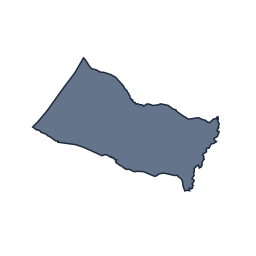 Ashburton District, Canterbury, New Zealand, rotated 156°
{"feature_id": "76426892B67490392619743", "entity_name": "Ashburton District", "entity_type": "district", "adm_level": 2, "iso_a3": "NZL", "parent_name": "New Zealand", "parent_adm1": "Canterbury", "projection": "orthographic", "projection_center": [171.372, -43.643], "detail": "medium", "context": "isolated", "style": "filled", "palette": "slate", "viewbox_px": 256, "rotation_deg": 156, "n_neighbors": 0, "source": "geoboundaries", "source_scale": "gbopen_adm2", "svg_char_len": 1831}
<svg xmlns="http://www.w3.org/2000/svg" viewBox="0 0 256 256"><g transform="rotate(156 128 128)"><path d="M43.0,94.6L43.0,98.4L41.8,99.5L41.3,101.8L42.9,101.7L43.0,100.1L46.0,101.5L51.4,99.7L52.8,101.0L54.2,103.6L56.6,105.5L59.3,108.7L69.2,111.5L74.3,119.1L76.9,123.8L76.8,125.1L78.9,126.8L82.2,132.4L88.2,136.7L92.3,137.2L96.4,138.6L98.1,140.6L100.9,142.3L104.9,141.6L104.9,142.4L106.3,143.9L107.5,144.2L109.3,146.2L111.0,146.6L111.0,148.2L111.9,148.6L112.3,150.1L112.9,150.5L112.4,152.0L113.6,152.5L113.4,153.5L113.9,154.1L113.2,157.0L113.7,157.5L113.3,159.3L114.0,161.0L113.8,162.4L115.0,165.5L115.1,168.5L118.8,179.6L122.1,183.9L127.6,188.8L130.3,190.1L133.5,194.2L136.8,196.7L138.0,199.4L139.2,207.6L140.1,210.2L154.5,199.8L170.8,190.8L194.3,177.0L207.9,170.3L214.7,167.7L212.3,163.5L209.8,161.7L209.2,159.5L205.0,155.4L204.8,154.0L202.8,151.7L199.4,145.7L197.1,144.3L197.8,143.5L182.6,134.1L176.5,128.5L162.9,113.2L159.7,113.0L157.4,111.1L156.5,109.2L154.9,108.6L155.2,107.8L153.9,107.3L154.0,106.6L153.1,105.8L152.9,104.2L151.2,103.5L153.0,102.1L153.0,101.2L150.4,96.8L149.0,95.6L148.6,93.8L147.7,93.0L146.7,91.0L144.0,90.0L140.2,85.6L136.6,84.4L131.6,81.8L123.5,73.2L121.9,72.7L118.2,73.4L114.6,72.6L111.7,70.9L105.0,65.8L102.2,64.6L101.8,62.8L100.7,61.3L99.9,59.0L100.4,54.9L101.3,53.0L101.7,47.4L100.2,47.3L97.3,45.8L97.5,46.4L96.4,48.3L95.2,46.6L93.5,46.8L93.2,48.3L91.8,48.8L92.2,50.8L89.4,52.5L88.9,53.4L90.0,56.1L87.0,57.7L86.4,60.3L85.3,60.9L84.0,64.2L79.2,65.7L78.8,64.8L79.2,62.5L77.1,62.6L75.3,64.0L74.7,65.9L72.6,67.9L71.0,68.5L71.3,69.5L70.2,71.4L70.8,72.5L69.6,73.9L66.5,74.1L65.5,75.1L65.2,76.7L63.7,77.4L62.3,76.6L58.7,79.5L55.6,79.1L52.7,79.6L54.0,81.7L53.9,83.3L49.7,84.0L46.4,87.3L46.3,88.0L47.6,88.5L47.5,89.9L44.9,91.4L45.2,92.1L43.0,94.6Z" fill="#64748b" stroke="#1e293b" stroke-width="1.5"/></g></svg>